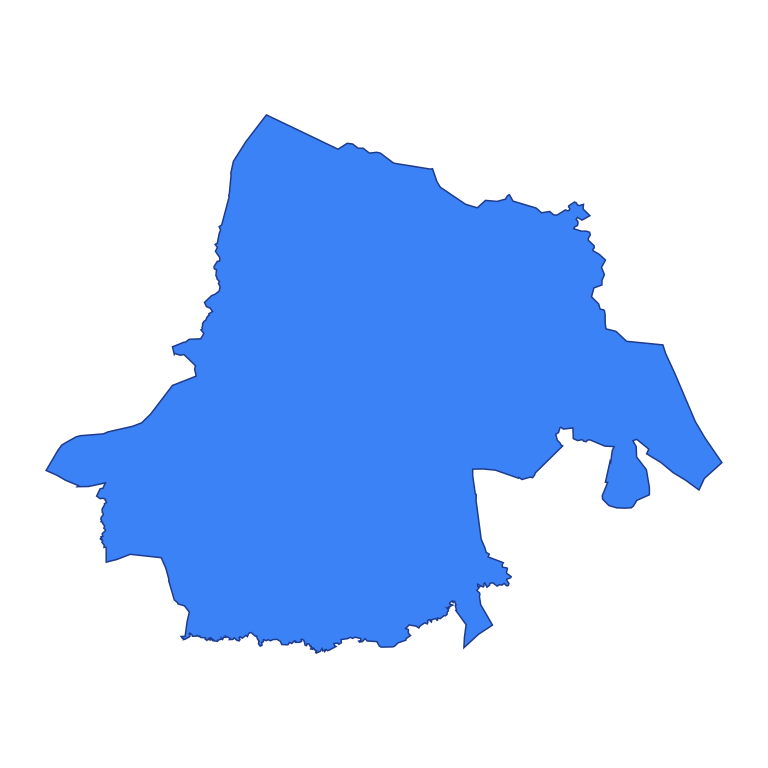 outline of Pilskalnes pag., Ilukstes, Latvia
{"feature_id": "27541924B27869774181069", "entity_name": "Pilskalnes pag.", "entity_type": "district", "adm_level": 2, "iso_a3": "LVA", "parent_name": "Latvia", "parent_adm1": "Ilukstes", "projection": "mercator", "projection_center": [26.24, 56.006], "detail": "fine", "context": "isolated", "style": "filled", "palette": "blue", "viewbox_px": 768, "rotation_deg": 0, "n_neighbors": 0, "source": "geoboundaries", "source_scale": "gbopen_adm2", "svg_char_len": 6120}
<svg xmlns="http://www.w3.org/2000/svg" viewBox="0 0 768 768"><path d="M181.1,636.5L182.3,638.2L183.6,638.5L183.3,639.6L185.1,639.2L189.9,636.5L190.0,634.0L189.3,633.7L189.8,633.1L192.0,634.9L192.4,636.2L196.3,636.2L197.1,635.3L198.4,636.5L200.2,635.6L199.5,636.4L201.0,637.6L205.3,637.7L205.7,638.3L205.2,639.1L206.9,640.4L208.3,639.0L209.2,639.8L209.8,638.9L209.3,638.2L210.2,637.8L211.1,638.0L210.9,639.8L212.3,639.2L213.2,639.6L212.5,640.3L212.8,640.7L217.2,641.3L217.9,640.8L217.8,640.2L221.3,639.2L221.2,638.1L222.6,639.5L223.6,637.2L225.7,637.4L225.4,636.1L229.8,638.1L229.3,639.6L233.0,639.4L234.3,637.9L237.0,640.4L239.1,640.9L240.0,639.6L239.1,637.8L240.2,636.7L242.2,638.2L245.9,635.4L247.4,636.6L248.7,633.3L251.0,632.5L255.4,636.2L256.7,636.1L257.3,638.7L259.1,641.3L258.7,641.5L258.5,644.0L260.2,646.1L261.8,645.5L262.1,644.7L261.6,642.4L263.4,641.8L263.5,639.6L266.3,640.7L268.0,639.7L270.5,640.8L272.9,639.6L277.0,639.3L280.5,641.5L281.7,644.5L286.9,644.8L288.1,644.6L289.5,642.4L291.8,643.5L294.5,640.8L295.6,641.1L295.4,642.4L299.7,642.3L301.6,641.3L301.1,639.6L301.8,639.2L303.9,640.3L305.2,645.4L306.6,645.6L307.0,643.7L309.1,644.1L310.4,646.6L311.3,646.3L311.4,648.0L310.7,648.9L312.6,649.3L312.8,648.0L314.1,648.5L314.4,649.7L316.7,651.0L315.6,652.2L316.3,653.1L320.3,651.3L322.0,648.6L322.8,650.9L324.3,650.1L324.7,651.5L326.2,649.4L327.4,650.7L329.1,650.2L336.0,646.5L334.7,645.8L334.0,643.5L337.4,643.1L338.9,644.3L341.4,642.7L341.0,639.6L347.7,638.6L350.4,637.3L352.5,638.4L355.2,637.2L360.7,638.5L360.9,640.6L358.7,641.1L359.5,642.1L362.3,641.6L365.2,638.7L367.2,641.0L376.8,641.6L379.3,646.0L381.0,647.1L392.5,646.9L394.5,646.3L398.0,642.9L405.8,640.2L406.2,638.6L410.5,635.5L408.3,633.1L408.4,629.5L405.6,628.6L409.2,624.9L416.1,626.2L418.8,627.9L419.9,626.1L424.7,622.8L427.2,623.9L427.9,622.2L427.6,620.7L429.3,619.5L430.1,619.7L430.0,620.7L431.4,622.0L431.7,621.1L431.3,619.9L435.6,618.5L437.1,620.3L437.7,619.9L437.3,618.5L437.7,618.0L440.2,618.7L444.1,615.6L445.5,615.8L447.0,614.5L447.3,611.9L448.4,610.8L448.3,609.6L447.1,608.2L448.6,608.7L449.4,607.8L448.4,607.1L452.7,605.1L449.6,604.0L449.8,602.8L452.1,601.0L453.1,602.5L453.8,601.3L454.6,601.4L456.0,605.0L455.3,605.7L456.5,610.0L455.8,610.4L466.1,624.7L464.4,637.7L463.9,647.7L478.6,634.2L492.5,625.1L480.7,604.7L479.4,596.2L479.9,594.9L479.6,593.0L476.8,590.4L479.6,587.0L477.7,586.4L477.7,584.3L483.1,587.0L483.9,586.2L483.8,583.8L484.8,583.0L487.0,587.2L489.6,585.1L489.9,583.4L492.8,582.8L497.1,586.1L499.4,584.7L502.0,585.1L504.2,583.4L506.3,585.6L507.5,585.8L508.4,585.3L508.9,583.4L506.6,580.1L506.6,579.3L510.6,577.8L511.2,576.7L506.8,573.4L506.5,572.3L507.4,568.8L506.9,567.9L502.5,567.2L502.2,564.8L503.3,562.7L488.1,556.9L489.2,554.1L486.2,552.4L484.7,547.3L481.2,539.3L476.1,500.7L476.2,494.4L475.3,493.9L472.7,475.8L472.7,469.1L483.4,469.0L495.2,470.1L518.5,478.2L518.9,477.4L522.0,479.5L530.2,477.1L532.6,477.7L534.5,475.2L535.3,472.9L562.7,445.9L561.1,445.0L559.7,442.5L557.4,440.4L555.9,435.0L555.9,434.2L558.5,432.6L560.0,427.7L561.0,427.3L563.4,429.1L572.9,427.9L573.3,438.6L577.5,440.5L582.2,439.7L583.9,441.3L586.2,441.7L587.5,440.2L589.8,439.8L604.8,446.1L614.1,446.6L612.2,450.8L610.7,462.3L610.1,461.1L605.4,482.3L607.7,482.4L602.3,495.6L602.6,499.2L609.0,505.6L616.9,507.9L625.2,508.1L631.3,507.8L633.4,506.1L636.8,500.4L649.4,494.8L649.4,487.5L646.4,469.7L636.6,457.0L636.2,446.6L632.9,440.8L633.8,440.3L636.8,439.4L648.8,449.1L646.6,453.8L660.9,462.5L673.2,472.7L685.6,480.2L699.0,490.0L704.3,478.5L721.9,462.6L705.2,438.3L695.3,421.6L674.9,373.6L665.6,353.4L662.9,344.9L626.6,341.3L615.9,331.3L606.0,328.9L605.2,323.4L605.1,314.6L604.5,310.9L603.7,309.9L600.1,309.1L598.7,304.0L591.5,296.8L593.9,287.9L601.9,285.0L602.0,280.3L604.4,274.6L601.5,267.3L605.5,260.1L599.1,254.2L593.2,250.8L592.8,249.6L594.2,247.8L594.1,245.7L588.4,240.3L588.2,238.6L590.3,234.9L589.6,232.3L586.6,231.2L581.2,231.1L573.7,228.7L574.7,226.9L577.3,225.6L577.9,223.9L577.9,221.4L576.1,219.5L577.4,217.4L582.0,220.1L589.9,215.7L583.4,209.3L583.1,208.3L583.5,204.3L579.2,205.6L577.3,204.8L576.3,202.9L574.5,202.0L568.9,205.7L568.5,206.6L569.8,208.7L569.3,210.2L567.8,210.8L565.4,209.9L557.0,215.1L553.8,214.9L549.7,211.5L541.5,212.8L536.2,208.1L513.0,201.1L509.5,194.8L508.8,194.8L507.1,196.2L505.5,199.1L497.1,201.4L485.5,200.4L477.3,207.8L465.6,204.3L440.4,187.3L437.0,181.8L432.5,168.7L430.4,169.1L393.7,163.2L380.3,153.1L376.6,152.3L369.4,153.1L363.1,148.2L358.1,148.2L352.6,144.0L347.2,143.3L338.0,149.2L266.4,114.9L245.8,141.8L233.4,161.3L230.8,173.3L231.1,174.9L229.3,194.0L228.7,195.4L229.1,197.0L221.7,224.9L219.1,226.7L220.6,229.9L219.2,233.5L217.3,243.2L215.1,244.4L217.4,247.5L215.4,251.3L219.7,257.5L219.7,259.4L219.4,261.3L217.3,261.3L214.0,266.6L214.1,268.0L214.4,268.9L216.5,269.7L215.9,275.7L216.9,277.1L217.0,278.9L219.5,281.7L218.4,283.3L220.1,286.6L219.2,291.0L214.8,294.4L211.6,295.6L204.5,302.4L206.5,306.7L210.1,308.1L212.5,311.5L208.8,313.8L209.2,315.1L207.3,316.6L205.7,320.3L204.0,321.3L202.6,323.4L202.7,325.0L202.0,327.7L202.3,328.7L201.8,329.8L201.0,329.9L203.8,333.5L200.7,338.8L189.2,339.3L185.2,342.4L184.2,342.1L172.5,346.8L174.3,354.4L174.8,353.5L180.2,355.2L184.0,354.6L195.5,365.7L194.6,369.1L196.2,376.1L172.5,385.4L150.6,414.1L141.7,422.8L132.6,426.3L108.3,431.8L103.2,433.9L80.4,435.7L76.2,436.8L65.6,442.7L61.8,445.1L58.1,450.0L46.1,470.5L56.6,475.1L65.6,480.3L78.4,485.6L77.2,486.7L88.6,486.5L105.3,482.9L102.9,488.3L100.2,488.7L96.6,496.1L100.2,498.7L103.1,498.3L105.3,499.2L105.2,500.3L106.0,501.0L106.4,502.6L104.4,503.7L104.6,504.7L102.1,509.1L102.3,512.5L103.3,513.7L103.3,514.7L101.2,517.3L100.8,519.2L101.6,520.3L101.0,521.7L102.7,522.5L102.9,523.8L104.6,525.9L103.8,528.3L105.4,529.6L105.4,530.6L102.2,533.6L102.8,536.4L101.0,536.8L101.7,538.4L100.5,538.4L100.4,539.0L102.7,540.8L101.9,542.3L104.2,545.1L104.0,547.4L105.8,547.1L106.2,548.2L106.2,562.2L117.3,559.3L130.3,554.3L161.2,557.7L165.9,568.3L168.9,579.5L168.7,580.8L174.3,599.9L177.4,602.5L178.1,604.0L184.4,605.8L189.3,612.1L187.1,621.7L185.1,636.3L181.1,636.5Z" fill="#3b82f6" stroke="#1e3a8a" stroke-width="1.5"/></svg>